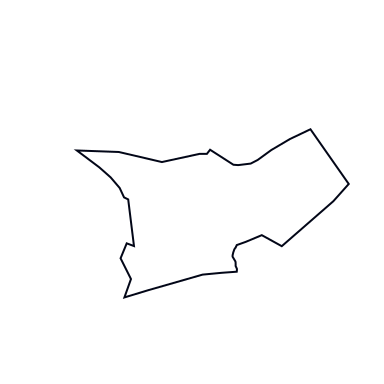 outline of Dalanjargalan, Dornogovi, Mongolia, rotated 220°
{"feature_id": "93677404B48840516654873", "entity_name": "Dalanjargalan", "entity_type": "district", "adm_level": 2, "iso_a3": "MNG", "parent_name": "Mongolia", "parent_adm1": "Dornogovi", "projection": "equal_earth", "projection_center": [108.887, 46.012], "detail": "fine", "context": "isolated", "style": "outline", "palette": "ink", "viewbox_px": 384, "rotation_deg": 220, "n_neighbors": 0, "source": "geoboundaries", "source_scale": "gbopen_adm2", "svg_char_len": 963}
<svg xmlns="http://www.w3.org/2000/svg" viewBox="0 0 384 384"><g transform="rotate(220 192 192)"><path d="M306.9,149.8L278.9,151.3L263.7,150.9L250.0,148.6L240.6,144.2L236.1,145.3L201.7,113.3L209.0,110.7L204.1,95.3L182.8,86.1L176.0,67.8L162.5,88.5L130.8,135.5L117.2,149.3L106.5,159.7L107.1,160.6L107.5,161.2L107.8,161.5L108.0,161.8L108.2,162.0L108.8,162.3L109.4,162.6L110.7,163.2L111.1,163.4L111.5,164.0L112.3,164.9L113.1,165.8L113.6,166.3L114.1,166.7L118.1,168.1L119.0,168.4L119.5,168.7L120.0,169.3L120.2,169.7L120.4,169.9L120.7,170.6L121.2,171.6L121.5,172.1L122.2,174.0L122.4,174.4L122.6,175.0L122.8,175.9L122.9,176.6L122.8,177.2L122.9,177.8L123.2,178.4L123.3,179.1L123.4,179.6L123.6,180.1L118.8,188.3L110.8,203.8L88.4,208.2L77.8,275.9L77.1,298.9L141.6,316.2L151.0,295.6L158.2,275.2L162.3,258.7L165.3,251.5L173.9,242.3L177.8,239.5L205.3,236.0L205.1,230.8L210.7,226.1L234.3,195.6L273.8,175.6L306.9,149.8Z" fill="none" stroke="#020617" stroke-width="2"/></g></svg>